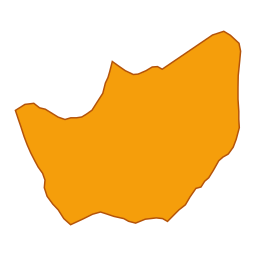 Guarani d'Oeste, São Paulo, Brazil (Equal Earth projection)
{"feature_id": "56859067B14528332437020", "entity_name": "Guarani d'Oeste", "entity_type": "district", "adm_level": 2, "iso_a3": "BRA", "parent_name": "Brazil", "parent_adm1": "São Paulo", "projection": "equal_earth", "projection_center": [-50.352, -20.063], "detail": "fine", "context": "isolated", "style": "filled", "palette": "amber", "viewbox_px": 256, "rotation_deg": 0, "n_neighbors": 0, "source": "geoboundaries", "source_scale": "gbopen_adm2", "svg_char_len": 1027}
<svg xmlns="http://www.w3.org/2000/svg" viewBox="0 0 256 256"><path d="M70.6,224.7L82.9,219.0L92.6,214.2L100.5,212.0L106.2,213.8L113.9,216.4L123.8,218.6L128.6,221.3L135.6,223.1L145.2,219.2L156.3,217.9L162.6,218.6L167.5,221.4L179.0,209.8L185.4,204.8L189.9,197.1L195.9,188.4L201.0,187.0L204.6,181.3L208.7,177.8L213.2,170.6L218.8,160.7L222.9,157.1L228.3,154.0L233.2,147.2L236.2,139.3L239.3,127.7L238.8,119.4L238.8,111.5L238.0,99.2L238.0,87.8L238.2,75.8L239.8,59.8L240.6,51.2L239.0,43.3L230.4,35.3L223.8,31.3L212.5,35.0L162.2,69.2L157.5,66.6L152.2,67.0L146.0,70.7L138.1,74.1L133.3,74.5L125.3,70.7L118.4,65.9L112.3,61.5L109.7,71.7L108.0,77.5L105.4,83.0L102.8,93.3L96.9,102.5L92.0,110.2L86.2,114.3L81.7,117.0L76.5,117.8L70.8,117.8L65.0,119.5L58.1,117.1L45.3,109.2L39.5,107.8L33.8,103.3L24.9,104.4L15.4,110.4L18.4,119.4L21.0,127.0L24.1,136.6L27.2,144.8L30.7,152.8L35.1,161.4L38.2,167.1L42.6,173.3L45.0,180.1L44.3,187.7L47.1,196.3L52.8,204.1L58.2,209.8L63.8,218.6L70.6,224.7Z" fill="#f59e0b" stroke="#b45309" stroke-width="1.5"/></svg>